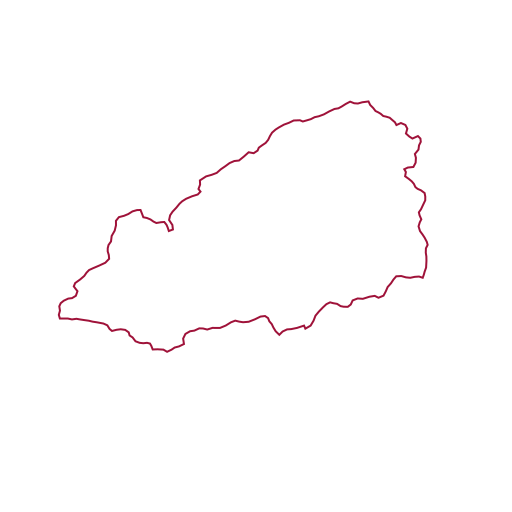 Cruzília, Minas Gerais, Brazil, rotated 60°
{"feature_id": "56859067B62887597748412", "entity_name": "Cruzília", "entity_type": "district", "adm_level": 2, "iso_a3": "BRA", "parent_name": "Brazil", "parent_adm1": "Minas Gerais", "projection": "equal_earth", "projection_center": [-44.799, -21.748], "detail": "fine", "context": "isolated", "style": "outline", "palette": "rose", "viewbox_px": 512, "rotation_deg": 60, "n_neighbors": 0, "source": "geoboundaries", "source_scale": "gbopen_adm2", "svg_char_len": 3187}
<svg xmlns="http://www.w3.org/2000/svg" viewBox="0 0 512 512"><g transform="rotate(60 256 256)"><path d="M343.6,249.6L343.6,243.5L340.8,238.5L337.4,234.3L335.6,229.4L334.0,223.8L332.9,219.1L333.2,215.0L335.4,212.8L338.0,209.7L341.7,207.8L343.8,205.4L345.9,201.9L345.4,198.2L342.8,194.5L343.6,189.2L346.5,184.9L348.0,178.1L349.9,173.1L353.4,170.8L354.1,165.4L351.6,161.4L348.7,157.5L347.1,152.7L345.1,148.7L343.7,144.7L346.0,140.2L349.5,136.8L352.0,133.3L353.4,129.0L355.3,125.1L358.2,122.5L356.1,120.0L353.9,117.8L351.1,114.5L345.4,110.8L341.6,108.7L338.0,107.3L334.3,105.0L332.2,101.8L329.2,101.0L324.5,100.8L320.9,101.0L316.4,101.5L311.6,100.4L308.7,97.3L306.9,94.5L302.5,94.0L299.6,93.1L298.0,89.7L295.5,86.1L292.4,81.6L289.2,79.7L285.8,78.5L281.6,80.3L278.6,82.5L276.0,83.5L272.4,83.2L269.2,83.8L265.7,85.1L261.5,87.0L258.2,84.2L255.0,84.2L255.3,80.3L257.6,75.2L255.0,71.1L250.9,68.4L247.1,67.4L245.1,62.1L241.7,59.5L239.5,56.2L236.5,54.9L233.1,55.8L232.5,61.8L229.2,63.5L224.9,64.9L221.4,61.3L217.2,61.1L213.3,64.0L212.8,68.9L209.7,68.8L206.6,69.9L203.1,71.1L200.5,73.5L198.4,75.8L195.2,76.9L192.7,78.3L190.2,80.0L186.4,80.5L182.3,81.6L178.4,81.3L176.0,87.1L174.9,91.5L172.8,94.6L169.4,97.3L169.2,102.2L169.4,107.1L169.3,110.8L167.9,114.5L167.4,120.2L167.3,126.4L166.4,131.7L165.1,135.8L164.9,140.1L163.9,144.3L162.9,148.2L160.4,150.1L157.5,155.6L157.1,161.0L156.2,166.1L156.1,172.0L156.3,175.9L157.2,180.4L159.1,183.9L161.5,187.4L162.9,191.1L163.2,195.7L163.6,199.4L165.5,201.9L165.8,206.6L162.5,210.5L163.8,216.7L164.8,223.0L162.9,227.3L162.3,232.4L162.9,237.7L163.3,243.0L164.4,248.5L163.5,253.9L162.1,259.4L162.5,266.8L166.2,268.7L169.2,272.3L172.5,271.9L173.6,275.7L172.3,281.5L171.5,287.9L171.7,292.6L172.5,296.1L174.3,300.8L175.9,306.1L177.8,310.0L181.4,313.3L187.3,312.9L191.5,314.7L190.8,319.0L187.0,318.2L184.3,317.9L180.7,318.4L179.2,321.5L177.6,325.8L174.9,327.6L171.6,329.1L168.5,331.5L166.1,334.2L162.5,333.6L158.4,333.0L156.7,336.2L155.6,340.7L155.8,345.7L155.2,350.2L153.8,355.3L155.5,359.7L159.4,361.9L163.4,365.7L166.5,371.0L170.9,374.3L172.7,378.2L175.1,380.5L177.8,382.1L181.6,383.0L185.0,384.6L186.5,389.9L185.8,397.4L185.1,403.2L184.7,407.6L185.7,411.1L187.4,414.7L188.4,420.0L189.0,426.1L191.2,429.0L194.5,428.6L197.2,428.2L200.4,431.9L200.5,436.4L199.0,439.9L198.6,444.8L199.2,448.7L201.2,451.5L205.3,453.1L208.4,456.2L212.1,457.1L214.1,453.6L216.0,450.3L218.9,447.1L220.6,442.9L222.8,440.3L225.6,436.8L228.5,433.1L231.1,430.4L233.9,426.9L238.2,421.9L241.7,419.4L245.9,419.3L248.9,418.2L250.2,413.6L251.8,409.8L254.6,406.2L258.5,404.4L261.6,405.2L264.8,403.6L269.6,403.0L273.0,400.2L275.2,397.2L276.7,393.8L278.8,391.6L281.5,391.6L285.3,392.2L287.5,388.0L290.8,383.0L294.5,380.9L294.9,376.0L294.6,372.2L295.8,367.9L296.2,362.4L291.1,360.4L288.2,356.1L288.2,350.7L289.8,346.7L290.3,341.3L292.3,338.1L295.3,335.0L296.5,329.6L298.2,326.8L300.3,323.1L301.1,317.0L300.9,310.8L301.6,306.3L304.4,303.4L306.9,300.3L309.3,295.2L310.3,288.5L310.7,282.4L312.5,278.2L315.8,276.6L319.2,277.1L322.9,276.4L326.6,276.7L331.0,276.6L335.9,275.2L334.7,270.7L335.1,265.8L336.9,262.1L338.8,256.4L340.3,249.2L343.6,249.6Z" fill="none" stroke="#9f1239" stroke-width="2"/></g></svg>